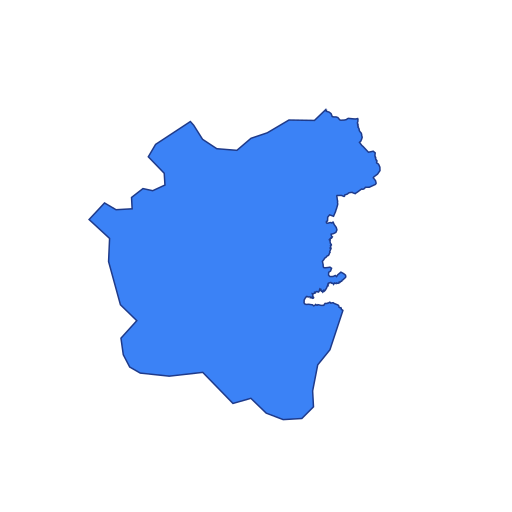 the district of Aksy, Jalal-Abad, Kyrgyzstan, rotated 227°
{"feature_id": "92254566B91870042144057", "entity_name": "Aksy", "entity_type": "district", "adm_level": 2, "iso_a3": "KGZ", "parent_name": "Kyrgyzstan", "parent_adm1": "Jalal-Abad", "projection": "orthographic", "projection_center": [71.846, 41.557], "detail": "fine", "context": "isolated", "style": "filled", "palette": "blue", "viewbox_px": 512, "rotation_deg": 227, "n_neighbors": 0, "source": "geoboundaries", "source_scale": "gbopen_adm2", "svg_char_len": 5412}
<svg xmlns="http://www.w3.org/2000/svg" viewBox="0 0 512 512"><g transform="rotate(227 256 256)"><path d="M156.9,282.4L157.4,282.5L158.6,281.9L159.6,282.7L159.8,282.6L160.4,282.8L160.9,282.1L161.8,281.8L163.0,282.5L164.1,282.6L165.0,282.2L168.3,280.7L169.2,280.6L170.0,279.5L170.4,278.8L170.4,278.7L170.6,278.5L171.0,278.5L171.3,278.6L171.6,278.6L171.9,278.5L172.0,278.2L172.1,277.5L172.2,277.1L172.5,276.5L172.8,276.2L172.9,275.8L172.9,275.5L173.1,275.3L174.2,274.2L174.0,272.8L173.9,272.5L173.7,271.9L175.5,269.9L178.2,268.1L178.2,267.2L178.5,266.9L179.9,266.6L179.8,266.0L179.8,265.4L180.2,264.2L181.8,264.0L183.5,262.6L184.7,261.7L185.9,260.2L186.5,259.5L187.7,259.0L189.0,259.2L190.1,260.4L190.9,261.1L191.6,263.1L191.8,264.4L191.8,264.7L191.9,264.8L192.0,265.9L191.9,265.7L190.6,266.1L189.6,267.3L188.6,267.9L188.3,268.1L188.2,268.0L188.1,267.6L187.7,268.0L187.4,268.1L187.3,268.5L186.9,268.6L186.4,268.6L186.2,269.0L186.3,269.2L186.1,269.4L186.2,269.7L186.4,269.9L186.9,270.0L187.2,269.9L187.3,269.6L187.6,269.5L187.8,269.9L188.2,270.3L188.5,270.8L188.8,271.1L189.4,271.2L189.7,271.3L190.1,271.5L189.5,271.9L188.9,273.4L189.4,274.0L188.9,274.1L188.7,274.1L188.5,274.3L188.7,274.6L188.8,274.8L188.8,275.1L188.9,275.7L188.9,275.8L188.3,276.4L188.1,276.6L187.7,276.8L187.2,276.8L187.0,277.4L187.4,278.7L187.9,279.3L188.3,280.0L188.4,280.3L187.9,280.3L187.6,280.3L187.4,280.7L187.1,280.6L186.8,280.2L186.5,280.1L186.4,279.9L186.1,279.9L185.8,279.8L185.5,279.8L185.4,280.2L185.1,280.7L184.0,280.2L184.0,280.6L184.3,281.3L184.7,282.4L184.1,282.6L183.7,282.4L183.8,283.6L184.5,285.9L184.9,286.7L185.5,288.0L185.1,288.3L185.0,288.5L185.3,288.6L185.8,288.8L186.1,289.0L186.4,289.3L186.1,289.7L186.1,290.0L186.7,290.4L186.4,291.3L186.0,291.7L185.8,292.5L185.4,292.8L185.1,292.7L184.7,292.7L184.3,293.0L184.1,293.0L183.8,293.2L183.7,293.4L183.7,293.5L183.1,293.8L182.8,293.8L182.4,293.5L182.4,293.9L182.6,294.2L182.7,295.0L182.2,295.2L181.9,295.3L181.8,295.5L181.7,295.6L181.5,295.8L181.2,295.9L181.4,296.4L180.1,297.3L179.6,298.6L179.5,299.1L180.1,299.1L180.0,299.4L179.3,301.1L179.1,301.4L179.4,302.0L179.5,302.3L179.3,303.2L179.3,307.0L179.9,307.8L181.0,308.4L183.3,308.1L186.3,307.1L186.5,302.9L186.0,300.9L187.7,300.7L188.4,298.5L189.9,296.7L190.7,296.0L192.5,296.0L194.5,298.0L194.2,300.3L195.5,302.9L197.4,302.5L198.5,300.8L200.4,298.3L201.5,297.6L202.6,298.1L203.9,299.2L205.1,299.9L206.8,300.9L207.1,303.1L207.6,304.9L207.3,306.2L207.5,308.3L207.0,309.4L207.5,310.9L208.0,311.7L208.2,312.7L209.0,312.9L209.3,313.7L210.3,316.0L210.6,316.3L210.9,316.2L211.0,316.0L211.0,315.5L211.3,315.6L211.8,316.8L212.4,317.6L212.7,317.6L212.6,318.6L212.9,318.8L213.0,318.8L213.2,319.0L213.4,319.0L213.5,319.0L213.9,318.8L214.8,319.2L216.5,320.3L216.9,321.0L217.6,320.6L217.9,320.7L217.8,321.2L217.8,321.8L218.1,321.9L218.1,322.0L217.9,322.7L217.8,322.9L217.7,323.1L217.9,323.2L218.1,323.2L218.2,323.3L218.0,323.6L217.7,323.9L217.9,324.9L218.7,324.8L219.3,324.9L220.7,325.8L219.5,328.0L218.8,330.5L219.9,333.0L222.2,334.2L225.6,334.6L228.2,335.5L228.4,335.1L228.3,334.5L228.4,334.0L228.8,333.7L229.4,333.6L229.9,333.0L230.4,332.2L230.6,331.6L231.0,330.9L231.5,330.4L231.6,329.9L231.6,329.6L231.7,329.9L231.8,330.1L232.0,330.3L232.3,330.4L232.8,330.5L233.3,331.2L232.9,331.8L232.9,332.3L235.5,334.9L235.9,337.9L232.2,339.8L234.2,344.4L235.1,345.9L235.9,347.5L237.0,349.3L237.9,350.8L238.5,351.4L239.7,352.2L240.4,353.1L241.8,353.9L243.7,355.3L244.6,355.8L245.0,356.3L245.0,356.5L244.3,357.3L243.7,357.9L243.2,358.6L242.6,359.2L241.9,359.9L240.3,360.6L239.5,361.0L239.4,361.5L239.7,362.0L240.1,362.6L239.0,365.0L238.9,366.9L238.0,368.4L236.9,369.8L236.2,369.9L233.9,371.1L233.9,372.1L233.6,373.6L233.0,378.8L231.9,379.7L231.4,381.1L231.6,382.9L229.0,385.8L226.9,392.2L227.3,393.5L229.6,394.8L233.2,395.1L233.5,396.2L233.0,400.7L233.9,404.9L236.5,407.2L239.1,408.1L240.0,408.2L240.8,408.0L241.3,407.9L241.8,407.7L242.1,407.9L242.7,408.6L242.9,409.3L243.2,409.4L243.7,409.4L244.2,409.6L244.7,409.3L245.2,409.8L245.6,410.0L246.5,410.3L246.7,410.5L246.6,410.8L246.9,410.9L247.3,410.9L247.6,411.1L247.9,411.1L248.2,411.5L248.5,411.6L250.1,413.5L252.7,413.2L255.2,409.0L263.0,409.0L264.6,408.8L266.7,409.0L268.6,409.2L268.5,410.9L269.6,413.3L270.4,414.6L271.4,415.2L272.3,415.6L273.0,416.3L274.3,416.8L275.6,416.8L277.0,417.0L277.3,417.1L277.5,417.3L278.0,417.6L278.5,417.9L278.8,418.1L279.7,418.4L280.4,418.4L280.9,418.6L281.2,419.4L281.9,419.4L282.2,419.5L282.5,420.1L282.7,420.4L283.1,420.2L283.3,420.3L283.4,420.5L284.0,420.8L284.5,421.3L284.7,421.8L285.2,422.6L285.7,423.0L286.1,423.3L286.5,423.9L287.2,424.1L288.1,422.5L289.5,421.1L290.3,420.4L293.7,417.4L294.0,416.6L294.2,415.0L295.4,413.0L296.1,412.3L296.8,411.4L297.6,410.5L298.5,410.1L301.4,410.3L303.1,409.4L304.3,408.1L305.3,407.2L306.1,406.8L306.8,407.2L309.0,408.0L311.4,407.6L313.9,406.1L314.6,406.9L315.2,406.2L315.5,406.5L315.3,391.2L333.0,372.8L338.4,348.3L345.5,332.6L346.3,314.1L361.2,300.5L377.8,296.5L394.1,299.6L399.1,299.7L406.1,258.7L402.0,244.9L379.1,245.3L370.0,237.8L374.2,225.0L382.4,219.3L383.7,204.9L375.0,197.6L385.3,185.2L398.1,181.4L396.5,158.8L368.7,160.9L352.5,144.4L312.8,123.6L290.0,124.7L288.0,101.2L274.3,91.6L260.9,87.9L249.3,91.5L227.3,110.6L207.2,137.7L163.9,138.6L155.4,155.2L134.1,156.3L117.8,164.3L105.9,178.7L106.5,195.2L118.7,205.4L134.3,226.9L137.0,246.1L156.9,282.4Z" fill="#3b82f6" stroke="#1e3a8a" stroke-width="1.5"/></g></svg>